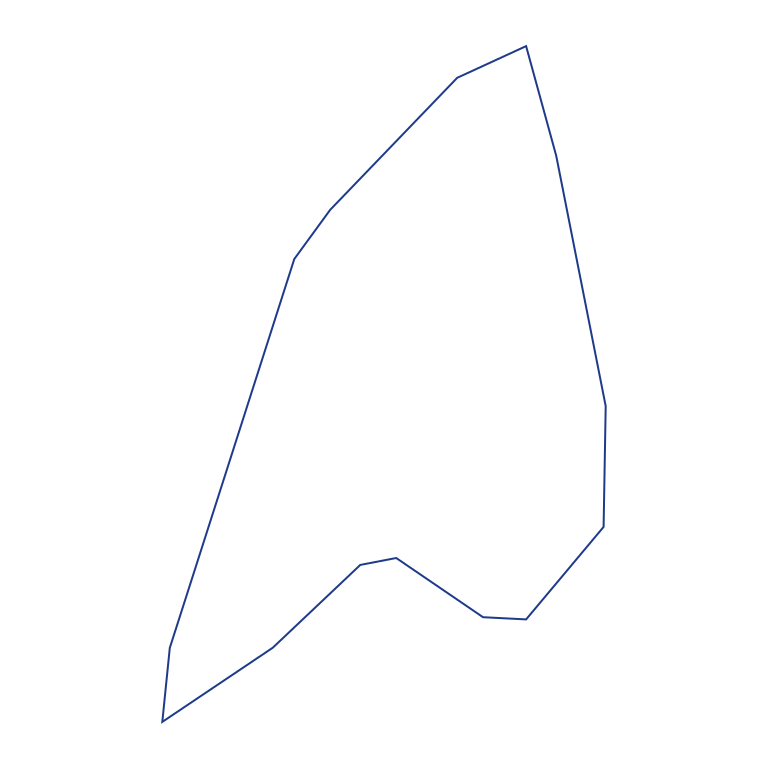 the border of Labuan
{"feature_id": "MYS-4833", "entity_name": "Labuan", "entity_type": "Federal Territory", "adm_level": 1, "iso_a3": "MYS", "parent_name": "Malaysia", "parent_adm1": "", "projection": "robinson", "projection_center": [115.218, 5.32], "detail": "fine", "context": "isolated", "style": "outline", "palette": "blue", "viewbox_px": 768, "rotation_deg": 0, "n_neighbors": 0, "source": "natural_earth", "source_scale": "10m", "svg_char_len": 305}
<svg xmlns="http://www.w3.org/2000/svg" viewBox="0 0 768 768"><path d="M556.2,155.7L605.7,406.1L603.6,526.9L526.1,619.4L483.0,617.2L396.2,558.0L360.3,564.9L272.8,647.7L162.3,721.9L169.8,647.9L294.3,259.0L330.2,209.8L457.2,77.8L526.1,46.1L556.2,155.7Z" fill="none" stroke="#1e3a8a" stroke-width="2"/></svg>